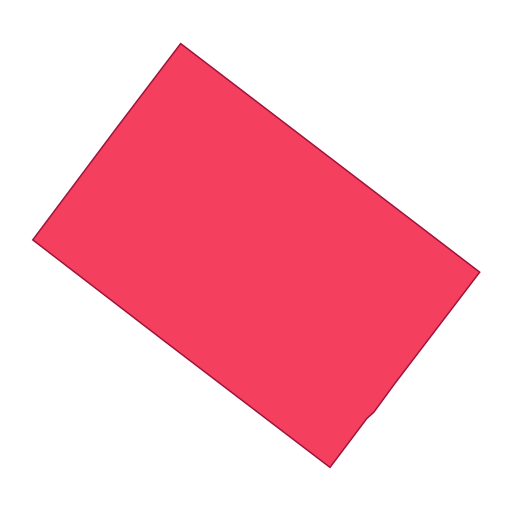 outline of Elk, Kansas, United States of America, rotated 37°
{"feature_id": "52423323B41715625130012", "entity_name": "Elk", "entity_type": "district", "adm_level": 2, "iso_a3": "USA", "parent_name": "United States of America", "parent_adm1": "Kansas", "projection": "robinson", "projection_center": [-96.163, 37.453], "detail": "fine", "context": "isolated", "style": "filled", "palette": "rose", "viewbox_px": 512, "rotation_deg": 37, "n_neighbors": 0, "source": "geoboundaries", "source_scale": "gbopen_adm2", "svg_char_len": 287}
<svg xmlns="http://www.w3.org/2000/svg" viewBox="0 0 512 512"><g transform="rotate(37 256 256)"><path d="M442.3,380.3L442.3,319.0L444.1,309.7L443.6,274.5L444.4,134.3L68.0,131.7L67.6,237.2L68.0,377.5L236.6,379.1L442.3,380.3Z" fill="#f43f5e" stroke="#9f1239" stroke-width="1.5"/></g></svg>